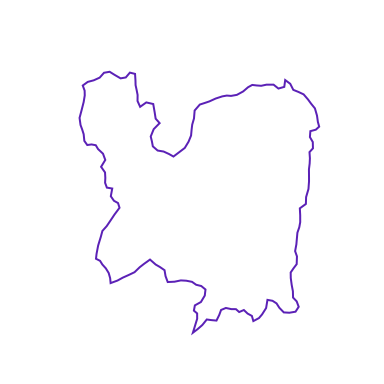 the district of Soledade de Minas, Minas Gerais, Brazil, rotated 17°
{"feature_id": "56859067B11452505630920", "entity_name": "Soledade de Minas", "entity_type": "district", "adm_level": 2, "iso_a3": "BRA", "parent_name": "Brazil", "parent_adm1": "Minas Gerais", "projection": "natural_earth1", "projection_center": [-45.033, -22.029], "detail": "fine", "context": "isolated", "style": "outline", "palette": "violet", "viewbox_px": 384, "rotation_deg": 17, "n_neighbors": 0, "source": "geoboundaries", "source_scale": "gbopen_adm2", "svg_char_len": 2378}
<svg xmlns="http://www.w3.org/2000/svg" viewBox="0 0 384 384"><g transform="rotate(17 192 192)"><path d="M140.8,302.9L146.6,298.5L150.9,294.1L155.7,289.9L160.5,285.5L164.0,279.2L167.1,274.8L171.6,268.9L178.5,272.0L183.2,273.1L188.6,274.8L191.3,280.2L195.1,285.2L201.5,282.9L207.2,279.8L212.5,278.5L218.3,277.9L223.1,279.5L228.3,279.2L233.4,281.3L234.5,287.3L232.7,294.6L227.9,299.6L228.5,304.9L232.4,306.6L234.0,311.7L234.0,326.3L237.4,321.6L240.8,316.1L243.4,309.6L247.7,308.9L253.0,307.8L254.0,301.6L254.3,296.3L258.3,293.0L263.9,292.5L268.3,291.2L272.2,293.0L276.1,289.7L280.7,292.0L285.5,293.0L288.4,297.5L292.9,293.0L294.8,288.6L296.8,281.3L295.7,273.1L300.8,272.5L305.4,273.8L309.4,277.2L315.0,280.3L320.4,279.0L326.0,276.2L327.6,270.6L324.1,266.0L319.5,263.4L317.5,257.4L314.5,251.7L311.6,245.4L309.9,240.1L311.4,235.3L313.2,230.4L311.2,222.9L307.9,218.4L307.1,211.5L306.0,206.3L304.7,200.1L304.9,194.3L304.3,189.2L302.3,182.7L299.9,176.1L304.4,170.1L302.6,163.5L302.5,155.1L300.8,147.6L299.0,141.8L297.2,136.1L296.2,130.4L294.9,125.3L292.7,119.5L294.9,114.9L292.9,108.9L288.7,105.0L287.4,99.2L292.2,96.2L294.5,92.3L291.9,88.2L289.2,82.4L285.1,76.1L279.9,72.6L275.9,69.6L270.2,66.0L264.6,65.2L259.0,64.7L254.3,59.8L248.4,57.7L249.5,64.5L244.4,67.8L238.6,65.5L232.0,67.5L227.1,70.2L222.7,71.2L218.3,72.0L215.0,75.4L211.5,80.9L206.5,86.0L201.2,88.7L197.1,89.6L193.0,91.7L187.3,95.7L182.1,100.3L178.2,103.1L173.9,106.1L170.7,113.3L172.4,121.1L172.5,127.5L173.4,132.5L174.6,138.3L174.0,144.9L172.2,152.0L168.1,157.7L163.9,163.5L158.9,162.4L153.0,161.6L147.0,162.4L141.2,159.8L138.9,155.4L136.3,151.0L137.0,143.1L140.9,135.6L135.8,132.5L133.0,126.7L129.2,119.2L122.1,119.7L117.5,125.7L113.3,120.9L111.6,115.1L109.2,110.6L106.8,106.3L105.3,101.8L103.0,95.7L97.7,96.0L95.2,101.8L90.5,104.2L83.7,102.6L78.1,101.1L73.0,103.7L70.3,109.6L65.4,113.9L60.1,117.2L56.4,122.1L59.7,126.5L61.2,131.0L62.1,137.7L62.5,146.1L62.8,154.0L65.8,160.5L68.6,164.2L71.5,168.4L74.1,174.6L78.1,177.7L82.0,175.9L86.3,175.4L89.6,178.4L95.7,181.4L99.7,186.7L97.7,194.5L103.1,198.7L105.0,203.9L106.2,208.6L109.3,212.7L114.7,212.0L115.6,219.8L119.9,223.2L124.5,224.2L127.3,228.3L124.5,236.1L122.4,243.1L120.4,249.6L117.7,255.4L117.9,261.6L117.9,270.6L118.8,279.0L119.7,283.9L124.2,284.7L127.4,287.5L131.9,290.2L136.0,293.8L138.9,298.3L140.8,302.9Z" fill="none" stroke="#5b21b6" stroke-width="2"/></g></svg>